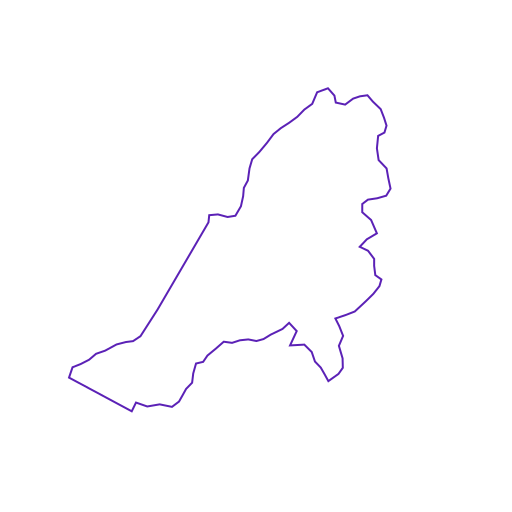 Arara, Paraíba, Brazil, rotated 113°
{"feature_id": "56859067B48385151436783", "entity_name": "Arara", "entity_type": "district", "adm_level": 2, "iso_a3": "BRA", "parent_name": "Brazil", "parent_adm1": "Paraíba", "projection": "robinson", "projection_center": [-35.733, -6.862], "detail": "fine", "context": "isolated", "style": "outline", "palette": "violet", "viewbox_px": 512, "rotation_deg": 113, "n_neighbors": 0, "source": "geoboundaries", "source_scale": "gbopen_adm2", "svg_char_len": 1434}
<svg xmlns="http://www.w3.org/2000/svg" viewBox="0 0 512 512"><g transform="rotate(113 256 256)"><path d="M94.0,263.7L102.3,268.7L111.8,272.4L120.5,277.6L128.6,283.1L136.9,287.5L147.5,290.1L159.0,293.6L168.4,297.3L177.9,296.2L189.7,293.0L198.0,293.8L206.0,291.2L216.1,289.3L227.0,290.7L231.2,297.4L232.6,307.3L236.7,315.0L243.6,312.9L343.8,325.7L374.9,331.0L382.4,335.9L386.0,342.1L391.9,349.8L402.1,357.9L408.5,365.0L416.7,369.1L424.0,375.2L430.1,381.4L441.0,380.6L447.5,309.7L437.8,309.2L437.0,297.3L430.2,286.7L427.7,274.4L420.1,270.0L413.2,269.2L405.6,268.4L397.6,265.3L388.6,267.9L378.4,269.2L374.1,263.3L366.6,261.8L357.2,256.9L347.5,252.2L345.3,244.1L339.9,237.9L335.8,230.5L334.1,222.4L329.5,216.6L322.6,211.7L312.8,203.1L304.6,199.4L309.2,189.2L325.0,189.7L318.7,176.9L322.6,167.2L330.1,160.5L333.4,152.8L338.1,146.6L342.9,140.5L332.3,134.0L325.0,132.4L316.4,136.3L306.3,144.6L295.5,144.6L288.0,152.0L282.5,158.5L275.3,150.4L268.5,143.4L254.4,137.1L245.0,133.2L235.5,130.6L228.6,131.4L227.0,138.7L218.9,143.4L212.5,146.1L207.4,154.9L207.0,164.1L197.3,160.5L187.9,153.6L177.9,164.1L174.2,175.3L166.6,178.5L160.4,175.0L155.5,167.0L149.6,159.7L141.4,158.5L132.7,164.6L124.4,170.0L119.8,180.6L109.6,186.8L97.7,190.5L92.2,186.0L85.0,186.8L78.8,192.1L72.1,198.6L68.2,208.8L64.5,216.2L68.4,222.7L73.2,228.1L81.8,233.1L83.6,242.5L77.7,246.5L73.5,255.3L81.4,263.7L94.0,263.7Z" fill="none" stroke="#5b21b6" stroke-width="2"/></g></svg>